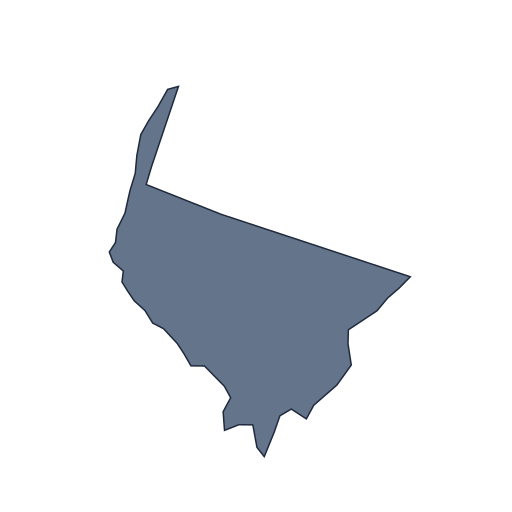 Camutanga, Pernambuco, Brazil (Mercator projection), rotated 247°
{"feature_id": "56859067B82745904918761", "entity_name": "Camutanga", "entity_type": "district", "adm_level": 2, "iso_a3": "BRA", "parent_name": "Brazil", "parent_adm1": "Pernambuco", "projection": "mercator", "projection_center": [-35.297, -7.442], "detail": "fine", "context": "isolated", "style": "filled", "palette": "slate", "viewbox_px": 512, "rotation_deg": 247, "n_neighbors": 0, "source": "geoboundaries", "source_scale": "gbopen_adm2", "svg_char_len": 764}
<svg xmlns="http://www.w3.org/2000/svg" viewBox="0 0 512 512"><g transform="rotate(247 256 256)"><path d="M68.1,185.2L86.9,204.1L99.6,215.6L101.3,228.7L86.4,238.7L96.1,250.9L105.6,280.0L118.4,301.1L139.3,306.4L152.0,312.2L158.3,346.0L166.0,361.0L170.4,374.9L176.6,389.9L307.8,240.4L364.7,182.8L379.6,195.2L442.4,250.9L443.9,239.8L431.8,224.1L422.3,209.8L412.8,197.4L395.1,185.6L379.2,177.1L366.0,166.0L357.6,159.9L346.6,152.1L335.0,138.6L323.3,131.9L317.0,122.5L306.0,122.1L294.0,128.0L284.5,122.5L274.1,124.1L262.3,126.4L249.1,132.5L234.6,134.7L225.2,142.5L206.4,149.3L194.3,151.5L180.3,153.2L174.9,165.6L148.4,176.0L135.4,177.3L125.5,164.9L107.8,158.9L107.4,174.3L101.8,187.1L79.5,182.1L68.1,185.2Z" fill="#64748b" stroke="#1e293b" stroke-width="1.5"/></g></svg>